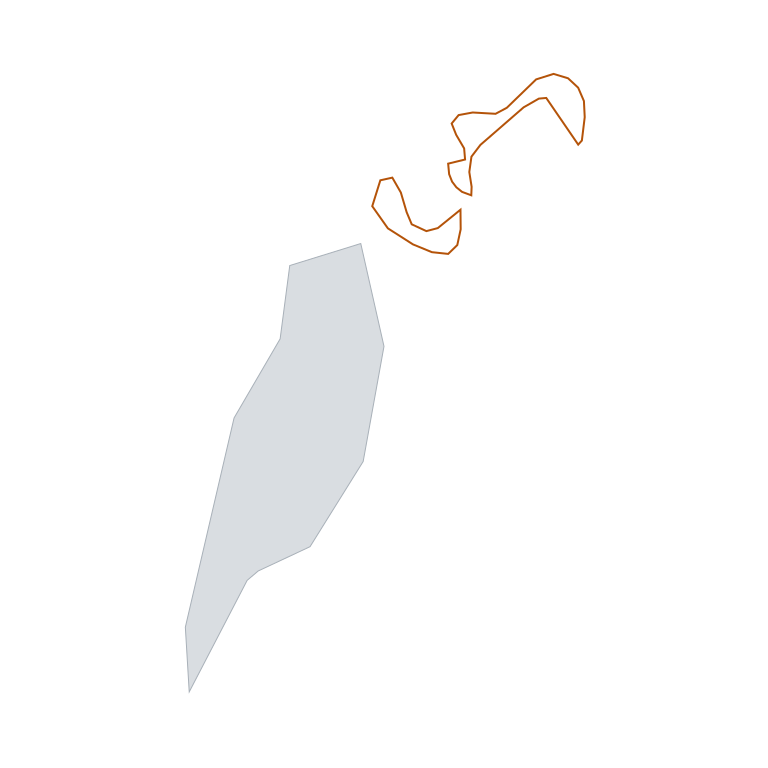 Palau, with Koror highlighted, rotated 185°
{"feature_id": "PLW-5249", "entity_name": "Koror", "entity_type": "state/province", "adm_level": 1, "iso_a3": "PLW", "parent_name": "Palau", "parent_adm1": "", "projection": "natural_earth1", "projection_center": [134.442, 7.291], "detail": "fine", "context": "in_parent", "style": "outline", "palette": "amber", "viewbox_px": 768, "rotation_deg": 185, "n_neighbors": 0, "source": "natural_earth", "source_scale": "10m", "svg_char_len": 924}
<svg xmlns="http://www.w3.org/2000/svg" viewBox="0 0 768 768"><g transform="rotate(185 384 384)"><path d="M488.2,493.8L419.4,521.9L387.3,421.5L398.0,305.0L443.5,215.5L493.0,186.8L503.2,176.5L551.2,60.3L560.7,124.4L530.4,337.1L491.4,419.9L488.2,493.8Z" fill="#d9dde1" stroke="#a8b0b8" stroke-width="1"/><path d="M339.3,609.1L322.8,614.7L324.7,625.7L333.8,638.5L339.3,649.4L333.1,658.4L319.3,662.2L296.4,662.9L285.7,669.9L259.0,700.7L242.1,707.7L227.3,704.6L216.4,696.1L209.5,683.3L207.3,667.3L208.1,643.8L211.4,639.4L247.3,683.1L254.6,681.8L269.0,671.8L308.8,630.6L316.7,618.1L317.5,602.6L313.9,588.1L313.5,579.6L323.0,582.2L329.1,586.3L333.8,591.5L337.4,598.7L339.3,609.1ZM347.8,519.5L367.3,525.6L393.7,539.4L411.2,560.1L405.4,586.6L393.7,590.3L383.9,576.2L376.4,557.1L370.3,545.5L355.1,540.0L344.0,544.0L323.0,564.3L321.1,544.8L323.1,528.8L331.4,519.2L347.8,519.5Z" fill="none" stroke="#b45309" stroke-width="2"/></g></svg>